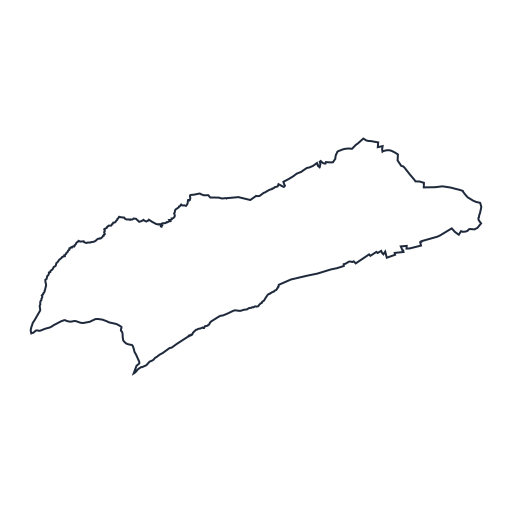 the district of Sancraieni, Harghita, Romania
{"feature_id": "2599482B65024630890924", "entity_name": "Sancraieni", "entity_type": "district", "adm_level": 2, "iso_a3": "ROU", "parent_name": "Romania", "parent_adm1": "Harghita", "projection": "albers", "projection_center": [25.771, 46.297], "detail": "fine", "context": "isolated", "style": "outline", "palette": "slate", "viewbox_px": 512, "rotation_deg": 0, "n_neighbors": 0, "source": "geoboundaries", "source_scale": "gbopen_adm2", "svg_char_len": 6020}
<svg xmlns="http://www.w3.org/2000/svg" viewBox="0 0 512 512"><path d="M133.7,373.4L135.1,372.5L136.6,370.9L137.1,370.1L138.3,369.0L141.1,367.1L142.2,367.1L146.4,365.2L149.6,361.6L151.5,360.9L152.8,360.2L153.6,359.6L154.9,358.0L156.9,356.8L159.7,354.6L162.6,353.1L169.5,348.1L171.7,347.6L177.1,343.7L188.4,336.4L188.7,335.7L189.1,335.5L189.3,336.0L190.8,334.9L191.0,335.3L191.7,335.0L192.6,333.8L192.9,332.8L195.9,329.9L197.2,329.5L198.2,328.9L200.7,328.4L202.6,327.5L203.4,328.0L204.1,328.0L204.8,326.3L207.6,325.7L208.2,324.9L209.0,324.6L209.4,324.0L209.9,322.7L211.2,321.4L219.2,316.4L220.5,315.8L223.1,315.4L227.0,313.8L233.5,310.7L235.2,310.3L239.7,310.9L241.0,310.7L243.8,309.8L246.9,309.4L249.0,308.1L251.2,307.8L252.3,307.2L253.6,307.3L254.6,306.5L255.8,306.4L256.3,306.6L257.7,306.4L258.3,306.1L259.4,304.6L260.8,303.3L261.7,303.0L262.2,301.8L264.1,300.5L265.4,298.2L267.5,295.1L268.5,294.1L269.9,293.8L270.5,293.0L271.4,292.8L271.6,292.5L272.8,291.9L273.9,291.6L274.5,290.7L276.1,290.1L276.9,289.1L277.1,288.4L277.9,287.7L278.3,287.0L278.2,286.7L278.5,286.6L278.8,284.8L290.9,279.5L306.6,275.8L317.3,273.6L331.0,269.4L336.9,268.2L343.8,266.0L343.7,264.2L345.8,263.6L348.8,261.7L350.1,261.5L352.4,262.0L353.7,261.3L355.7,263.4L369.1,254.4L370.4,255.8L376.4,251.9L377.6,253.0L381.2,250.9L382.0,252.8L383.4,254.3L385.2,251.6L386.8,257.7L395.1,254.8L394.7,252.9L403.5,252.0L403.2,250.4L402.4,250.2L400.8,246.4L406.7,245.9L406.5,248.6L406.9,248.6L409.8,248.4L421.0,245.6L420.2,242.2L421.5,241.7L421.4,241.2L437.6,236.6L440.3,235.3L451.7,228.4L455.1,232.1L458.8,234.7L461.1,231.1L462.5,231.8L465.5,231.6L467.4,230.9L469.1,229.2L469.8,229.0L474.4,229.4L477.4,227.9L481.1,223.4L478.9,220.5L478.5,219.3L478.4,218.0L478.9,217.3L479.3,214.9L480.0,213.1L481.3,207.1L481.1,206.2L480.5,203.9L480.0,202.8L476.3,202.0L473.4,200.8L467.8,197.4L466.0,195.5L464.4,193.5L463.2,191.9L462.9,191.0L460.5,190.1L450.3,187.5L443.0,186.4L441.8,186.4L435.2,187.2L423.8,187.4L423.9,182.8L419.5,181.5L415.5,181.4L414.2,179.6L409.8,174.4L404.3,167.4L403.2,166.4L401.3,165.9L397.6,160.5L397.9,154.4L394.5,152.3L391.5,150.8L389.6,150.3L387.5,150.2L386.0,150.4L383.1,151.1L382.5,151.6L382.1,149.4L382.6,146.1L377.8,147.2L378.2,142.4L370.9,141.1L367.9,140.9L365.8,140.2L364.6,139.3L363.3,138.6L357.8,143.5L355.8,144.9L352.0,148.8L348.8,148.5L345.3,148.8L343.1,149.3L338.1,151.2L337.3,151.9L336.4,154.1L336.0,154.5L335.4,157.2L335.3,158.8L332.9,162.3L330.6,162.4L325.9,162.1L325.5,163.5L324.4,163.5L323.0,163.0L322.2,162.5L320.7,161.0L319.7,161.8L320.2,163.0L320.4,164.0L319.8,166.7L319.5,166.6L319.4,167.1L318.1,166.0L317.7,165.1L317.9,165.0L317.6,164.2L317.0,163.0L313.0,165.9L309.5,167.4L306.8,168.0L302.9,170.6L301.4,171.8L296.8,173.6L293.2,176.3L288.9,178.9L283.4,181.8L284.1,184.1L284.9,185.6L284.4,186.6L283.6,186.9L278.5,184.2L277.7,186.4L274.5,187.3L274.1,187.9L273.5,188.3L272.3,188.5L272.0,189.1L270.0,189.6L266.7,191.3L265.5,192.2L263.6,192.9L259.7,195.9L257.5,196.2L256.1,195.9L250.3,200.0L239.1,197.3L238.7,197.1L227.3,198.1L226.6,198.5L226.0,198.1L222.0,198.5L218.7,197.6L210.2,197.5L208.3,195.2L203.9,195.3L200.9,194.2L199.8,193.5L193.8,194.7L191.2,194.9L190.1,195.3L190.0,196.4L190.3,198.0L190.0,199.7L189.5,200.4L188.7,200.0L188.0,200.1L187.6,203.3L187.1,204.5L186.0,205.9L184.1,205.3L183.2,205.5L182.2,205.4L181.2,204.5L180.8,204.8L180.4,205.6L179.5,206.5L179.0,206.5L178.9,207.0L178.4,207.6L175.7,209.4L175.0,210.5L174.8,212.3L174.1,213.4L174.6,214.6L174.8,215.9L174.4,217.0L173.5,217.9L172.4,218.5L171.7,218.5L171.8,219.2L170.7,220.0L169.4,220.0L170.2,221.2L168.8,221.4L167.4,222.3L166.7,222.1L165.6,223.1L162.5,223.3L161.8,223.6L161.1,224.9L161.4,225.4L162.1,225.5L161.6,226.3L161.5,226.7L160.8,226.4L160.5,225.0L160.4,224.2L159.6,224.3L158.9,224.1L158.4,224.5L156.2,224.0L152.4,222.0L148.8,219.7L148.1,220.6L146.3,221.5L143.8,220.4L143.5,219.9L141.5,221.1L139.2,221.8L136.0,218.8L133.7,218.5L132.6,219.4L131.6,219.6L130.2,219.4L130.0,219.8L128.3,219.4L126.6,219.5L124.8,218.6L124.3,217.6L121.2,217.3L119.1,216.8L118.6,217.8L117.4,218.9L117.4,219.5L117.1,220.0L116.3,220.6L115.3,222.2L113.9,222.7L113.2,222.7L112.8,223.7L112.3,223.9L111.2,225.6L108.9,225.6L108.3,226.2L107.5,226.4L107.1,227.0L107.1,227.5L105.1,228.8L104.5,228.9L104.2,229.4L104.6,230.1L104.8,231.0L104.6,231.5L104.2,231.9L104.2,232.6L104.6,233.4L104.6,234.0L104.3,234.3L104.5,234.4L103.7,235.2L103.7,235.7L103.0,235.9L102.8,236.4L101.8,237.6L100.4,238.5L99.9,238.3L99.6,238.6L98.0,238.8L97.1,239.4L95.5,240.9L93.9,241.7L90.5,242.3L90.3,242.5L87.7,242.5L86.5,243.0L84.1,242.2L83.7,241.3L80.4,241.6L78.6,240.9L78.4,241.5L77.5,241.8L76.3,243.0L75.8,244.1L74.6,245.3L74.7,245.8L74.2,246.4L74.0,246.2L73.0,246.4L72.0,247.5L71.3,247.1L70.6,247.9L69.5,248.2L69.3,248.8L69.5,249.6L68.1,250.6L67.8,251.7L66.3,253.1L66.2,253.8L65.6,254.2L65.1,255.0L64.3,255.3L64.7,256.2L62.2,256.9L61.8,257.7L59.2,259.8L57.7,262.0L56.4,263.1L55.7,265.7L55.2,266.2L53.8,266.9L52.5,269.4L50.5,270.9L50.3,272.1L48.9,272.5L48.9,273.7L48.3,275.2L47.3,275.9L46.6,278.9L45.3,279.9L45.4,281.9L45.9,283.6L46.1,285.5L45.4,288.1L45.1,289.8L44.6,290.5L44.7,291.3L43.9,292.8L43.2,293.4L43.3,294.0L43.1,294.4L42.4,294.8L41.8,295.5L42.2,296.2L42.2,297.5L41.5,298.6L41.4,300.1L40.5,301.1L40.2,302.7L40.3,304.5L39.8,305.4L39.7,306.5L40.2,309.5L40.1,310.6L34.8,319.8L32.6,323.2L32.3,324.5L31.3,327.3L30.8,329.5L30.7,330.7L31.3,333.4L33.5,332.6L36.0,330.5L37.1,330.4L39.1,330.8L40.2,330.7L45.0,328.8L50.0,327.4L51.9,326.4L53.6,325.2L61.3,321.2L64.2,320.2L65.1,320.2L67.1,321.1L69.5,321.6L70.8,321.7L74.3,321.0L75.8,321.1L80.7,322.8L83.2,323.0L89.7,321.8L95.4,319.1L98.0,319.0L102.3,319.6L106.7,321.2L108.8,322.3L116.4,324.0L119.3,325.5L121.4,326.9L121.5,327.8L121.0,329.2L120.9,330.2L121.0,330.7L122.0,331.8L122.3,332.5L122.6,334.2L122.7,337.2L123.2,340.2L123.4,340.7L124.1,341.6L125.8,343.2L127.3,344.0L130.0,344.7L131.8,344.9L132.7,345.8L133.7,348.7L134.5,351.9L136.1,354.7L139.2,361.7L139.4,363.1L138.8,363.9L136.7,365.6L136.3,366.3L133.7,373.4Z" fill="none" stroke="#1e293b" stroke-width="2"/></svg>